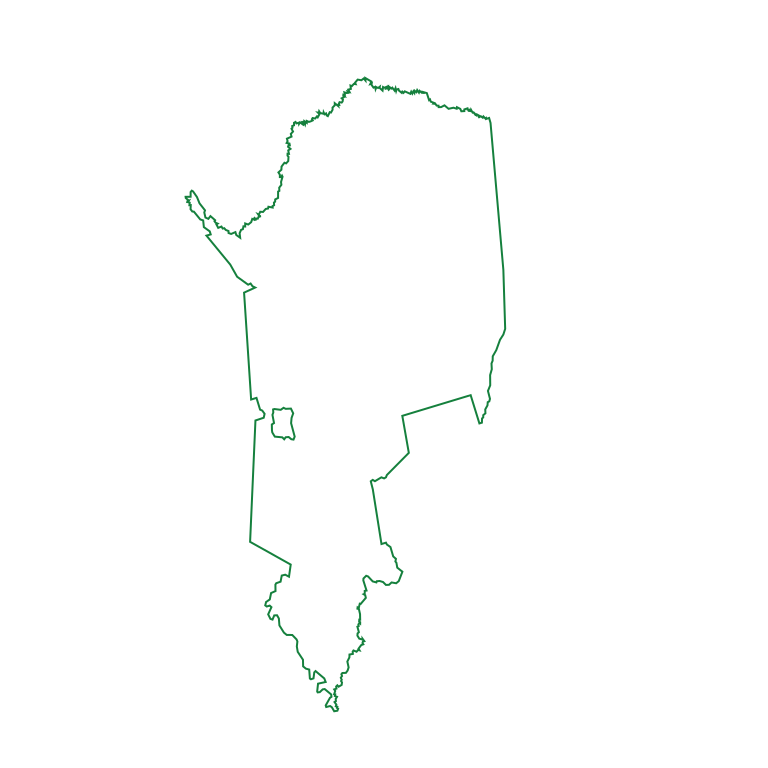 outline of Corumbá, Mato Grosso do Sul, Brazil, rotated 343°
{"feature_id": "56859067B41518599225549", "entity_name": "Corumbá", "entity_type": "district", "adm_level": 2, "iso_a3": "BRA", "parent_name": "Brazil", "parent_adm1": "Mato Grosso do Sul", "projection": "equal_earth", "projection_center": [-56.958, -19.058], "detail": "fine", "context": "isolated", "style": "outline", "palette": "green", "viewbox_px": 768, "rotation_deg": 343, "n_neighbors": 0, "source": "geoboundaries", "source_scale": "gbopen_adm2", "svg_char_len": 6132}
<svg xmlns="http://www.w3.org/2000/svg" viewBox="0 0 768 768"><g transform="rotate(343 384 384)"><path d="M531.5,309.8L562.2,165.5L562.3,160.3L559.1,160.4L559.3,159.4L558.5,159.6L557.3,157.2L556.3,158.2L554.9,156.3L552.9,156.7L552.6,155.7L553.4,155.2L551.6,153.3L550.9,154.0L550.5,153.2L550.4,154.1L549.0,150.4L548.1,150.4L547.4,147.2L546.7,148.4L545.0,147.6L545.5,146.5L544.2,146.1L544.4,144.8L541.1,144.9L540.6,146.5L537.7,145.8L537.4,143.2L534.7,140.6L534.0,142.0L531.2,140.1L526.2,139.7L523.3,135.2L519.6,135.9L517.2,135.2L517.5,133.8L515.7,133.1L515.1,131.2L513.3,130.4L514.2,129.9L511.3,127.7L511.2,125.3L510.1,125.7L510.0,118.3L506.6,116.1L506.7,117.1L505.2,116.5L503.8,114.1L502.6,115.6L501.7,112.6L500.3,114.4L499.1,112.6L498.2,114.5L497.7,112.7L496.0,114.6L495.5,112.4L494.0,114.2L489.4,110.2L487.8,111.3L487.0,109.8L486.1,110.8L484.1,107.8L484.0,106.1L482.2,106.0L481.3,107.3L481.5,104.5L479.9,106.5L478.6,103.1L477.7,103.7L475.9,101.4L475.8,103.2L474.5,104.0L474.0,102.1L472.6,102.1L474.1,100.5L470.9,100.8L469.9,99.7L468.4,103.0L466.3,99.4L466.8,98.5L464.9,99.2L463.5,97.9L462.2,99.5L462.5,97.2L460.6,97.5L459.5,94.1L460.1,93.0L458.6,93.1L460.4,91.1L455.6,85.9L455.0,88.4L453.9,85.9L451.2,86.9L447.8,85.2L444.4,87.4L444.6,89.0L442.9,88.2L440.4,89.7L439.2,88.8L438.6,92.1L435.9,92.0L436.4,94.7L434.7,93.6L434.9,95.1L433.3,94.8L431.4,93.5L431.2,95.8L430.1,95.5L430.6,97.5L429.4,96.8L429.3,98.0L427.1,98.4L427.9,99.9L427.0,101.7L425.8,102.5L423.9,101.5L422.8,102.7L422.8,104.1L421.4,103.6L421.4,104.7L419.0,101.1L418.4,103.1L415.6,104.6L415.0,106.7L412.7,108.9L411.6,108.2L408.6,111.4L407.7,110.4L407.7,108.3L406.0,108.7L405.7,106.7L405.2,107.9L402.2,106.2L401.7,104.3L401.0,105.6L400.2,105.2L401.2,107.1L398.6,109.6L398.1,108.5L395.8,110.0L393.5,108.8L392.5,109.7L392.9,111.1L390.7,111.4L388.8,111.4L387.1,109.9L386.5,111.7L384.6,109.2L384.1,110.5L382.9,109.9L383.5,111.5L382.6,112.5L380.1,109.2L378.8,110.4L379.0,109.2L376.4,109.2L376.0,107.5L374.3,107.9L373.6,110.3L371.6,110.5L371.4,112.2L370.2,112.8L370.8,116.0L368.0,117.6L367.9,120.4L362.9,121.0L362.8,123.6L361.4,125.0L363.9,126.4L363.7,128.2L362.5,127.8L361.6,129.1L363.3,131.8L360.7,132.6L360.4,136.1L359.1,135.6L358.5,137.4L359.1,138.8L357.6,142.8L354.9,144.4L353.5,143.3L349.6,146.1L348.5,149.1L344.9,150.8L345.6,153.4L344.9,155.7L346.0,156.1L347.4,154.9L347.6,156.1L344.6,160.7L344.1,163.5L341.2,165.6L340.4,168.7L339.0,169.0L337.1,175.1L333.9,175.7L333.2,177.8L331.8,178.3L331.2,180.9L329.4,181.3L329.1,182.7L325.3,180.7L324.4,182.3L322.1,182.0L318.6,184.1L316.0,183.1L313.9,185.4L313.2,184.8L313.8,186.8L315.3,187.5L312.8,187.6L311.6,189.0L309.1,188.0L309.3,189.3L308.5,189.3L308.4,187.6L307.2,188.4L306.3,187.6L304.3,190.4L300.8,191.8L298.2,189.9L297.3,192.8L295.7,192.1L294.3,194.7L292.4,194.8L290.0,197.6L289.2,202.1L286.3,198.3L286.3,195.3L281.7,195.8L279.5,194.2L280.0,192.2L277.7,190.4L276.8,188.3L275.2,188.2L274.6,185.9L271.1,186.2L270.4,182.4L271.8,182.0L270.1,180.5L269.5,178.7L270.4,178.0L267.1,172.7L264.3,174.7L261.9,172.6L262.3,167.4L263.6,165.6L260.4,157.3L259.8,150.5L257.7,144.0L256.7,142.9L255.2,143.9L253.8,148.4L249.0,147.0L248.8,148.2L250.3,150.5L249.4,151.9L250.9,151.7L249.7,152.8L251.2,153.8L250.2,156.1L251.5,156.4L250.1,160.3L251.1,163.0L252.6,163.6L256.4,172.9L258.9,174.7L257.6,181.3L262.0,187.1L262.0,190.3L257.6,190.2L271.9,224.9L274.9,238.5L283.1,249.3L285.8,248.9L286.8,252.0L289.0,254.1L276.9,255.7L252.4,360.0L258.0,360.0L258.0,372.3L259.8,373.8L261.1,377.6L259.1,381.1L250.4,381.3L209.8,495.8L242.0,529.4L236.8,540.5L233.8,537.5L230.2,537.3L227.3,542.8L222.7,543.0L221.5,544.1L219.7,550.3L214.9,550.9L211.8,556.6L207.5,558.0L205.7,561.0L206.8,562.5L209.9,562.5L211.1,564.5L205.9,570.4L206.7,575.4L208.5,576.7L211.4,573.2L214.1,573.9L214.9,577.5L213.4,584.3L215.6,592.5L217.6,595.5L222.9,597.2L225.7,602.7L225.9,604.9L223.9,609.5L223.2,614.9L225.9,624.0L224.1,630.4L226.1,633.4L229.0,635.2L227.0,644.0L227.8,645.0L230.5,644.9L233.0,639.4L234.6,638.5L240.8,648.1L241.1,651.9L233.3,651.3L230.2,658.5L230.4,659.5L232.5,659.9L236.1,658.1L238.1,658.4L242.7,665.4L242.3,667.8L240.6,668.3L234.3,674.3L234.3,676.0L238.3,676.2L239.6,677.8L240.7,682.4L243.9,682.8L245.2,681.1L244.3,680.0L245.0,679.0L243.7,678.1L244.7,676.8L243.7,673.7L245.3,673.2L245.7,671.1L247.6,669.4L245.8,668.0L246.6,666.6L245.6,666.1L247.6,663.3L247.1,661.5L249.5,661.4L249.8,659.3L251.3,658.5L252.1,660.2L255.5,659.4L256.6,657.1L256.1,655.5L257.1,654.5L256.8,652.3L258.5,651.0L258.4,649.1L259.7,648.2L263.1,649.1L265.4,647.4L267.3,644.7L267.8,638.7L271.0,635.3L271.9,632.6L275.3,633.0L275.8,630.8L276.9,629.9L279.5,632.0L281.5,630.7L282.7,631.5L282.3,629.6L285.9,627.0L288.1,626.9L287.7,625.4L288.5,624.2L290.0,624.2L289.0,621.3L288.8,622.1L285.9,620.3L285.0,616.9L285.8,614.8L287.4,614.0L287.6,608.3L289.0,608.1L289.2,606.4L290.8,605.3L291.2,606.0L291.6,604.8L290.8,603.9L291.5,602.1L292.3,602.4L293.8,597.1L294.2,591.9L292.9,591.1L293.4,590.0L294.2,591.1L296.6,587.0L297.4,587.5L304.1,583.2L304.3,580.5L303.1,579.1L304.2,579.0L305.1,576.2L306.9,576.4L306.8,565.8L307.5,564.0L310.9,562.2L312.5,563.4L315.5,569.5L318.7,571.5L319.4,570.5L322.2,571.1L325.2,573.1L327.1,576.7L330.1,577.5L333.2,576.0L337.4,578.1L340.5,576.8L346.7,568.9L343.0,563.5L343.6,558.5L343.0,557.1L344.3,554.7L342.4,551.6L342.5,541.8L339.8,538.3L339.5,536.3L334.8,536.3L342.5,481.5L342.9,473.2L345.2,472.4L346.9,474.3L354.2,472.5L356.5,474.3L358.6,473.8L360.1,471.9L387.6,457.1L392.2,419.8L463.6,420.0L463.7,449.6L466.3,449.6L467.7,445.6L469.1,445.0L469.8,442.8L472.4,441.7L473.4,437.9L476.7,434.7L477.9,431.7L479.6,431.4L481.0,429.2L481.4,421.0L485.2,416.3L488.1,406.5L491.4,401.4L492.8,395.8L494.7,393.5L496.1,389.3L501.3,384.4L507.9,375.6L512.6,371.6L516.0,366.7L531.5,309.8ZM269.8,378.9L270.5,375.9L271.9,375.9L277.7,378.5L281.0,377.4L282.7,379.0L287.8,380.3L288.6,385.5L285.7,389.4L283.7,394.3L283.2,408.2L281.2,410.7L279.2,409.7L277.3,406.8L274.4,406.2L272.4,407.7L271.2,405.3L264.2,402.4L263.0,397.7L263.3,395.6L264.9,389.9L267.4,389.2L268.3,380.9L269.8,378.9ZM384.1,110.5L385.1,111.2L384.4,112.6L384.3,111.9L384.1,110.5Z" fill="none" stroke="#15803d" stroke-width="2"/></g></svg>